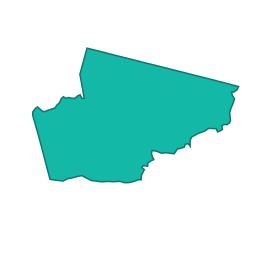 outline of Cumaru, Pernambuco, Brazil, rotated 197°
{"feature_id": "56859067B93375243581372", "entity_name": "Cumaru", "entity_type": "district", "adm_level": 2, "iso_a3": "BRA", "parent_name": "Brazil", "parent_adm1": "Pernambuco", "projection": "orthographic", "projection_center": [-35.732, -8.029], "detail": "fine", "context": "isolated", "style": "filled", "palette": "teal", "viewbox_px": 256, "rotation_deg": 197, "n_neighbors": 0, "source": "geoboundaries", "source_scale": "gbopen_adm2", "svg_char_len": 1442}
<svg xmlns="http://www.w3.org/2000/svg" viewBox="0 0 256 256"><g transform="rotate(197 128 128)"><path d="M190.5,192.4L190.1,178.1L189.7,165.2L186.8,159.7L178.5,143.6L180.8,142.8L183.5,145.8L185.6,143.9L187.5,140.8L191.1,140.0L193.8,139.8L196.3,138.1L198.8,139.1L200.3,136.8L200.9,132.2L202.9,128.7L203.5,126.0L206.1,124.1L209.9,121.4L212.5,119.2L215.2,119.2L220.7,121.7L222.2,119.8L223.8,115.5L222.9,112.4L211.8,95.2L208.5,89.9L206.8,87.2L204.7,83.9L187.6,56.1L183.5,56.7L179.0,57.5L174.6,58.3L170.7,62.0L168.1,63.2L164.5,65.4L162.4,66.7L160.3,67.9L158.0,69.0L155.1,68.3L152.5,67.9L149.8,67.3L146.9,67.1L144.0,67.8L140.2,68.3L137.2,68.9L131.3,71.1L126.4,72.3L119.9,74.7L115.6,74.6L111.9,75.8L109.7,76.8L106.3,79.0L102.9,81.6L100.3,82.3L101.3,86.9L100.2,93.0L103.2,94.2L102.4,96.5L98.1,97.2L98.7,100.3L96.4,103.4L94.1,105.3L96.8,108.3L98.2,110.9L98.3,113.6L93.9,114.1L88.5,113.7L84.4,115.5L79.9,116.2L76.3,116.9L74.6,122.3L71.5,124.2L68.7,126.0L68.4,129.2L65.8,130.6L63.2,128.7L64.6,133.0L64.9,135.5L64.2,138.5L62.2,140.2L59.9,142.8L56.1,145.7L53.8,147.4L50.7,151.3L46.2,152.4L43.5,153.1L41.1,150.4L39.0,152.2L37.3,154.2L39.0,157.7L36.9,159.6L34.5,160.0L32.4,162.4L32.2,165.2L35.2,172.2L35.3,176.7L34.7,183.0L34.6,186.9L37.3,189.2L39.5,192.6L37.2,193.4L35.0,196.2L34.3,199.9L46.1,199.5L70.6,198.4L73.6,198.2L86.0,197.6L88.5,197.5L133.3,195.2L162.9,193.7L182.5,192.8L190.5,192.4Z" fill="#14b8a6" stroke="#0f766e" stroke-width="1.5"/></g></svg>